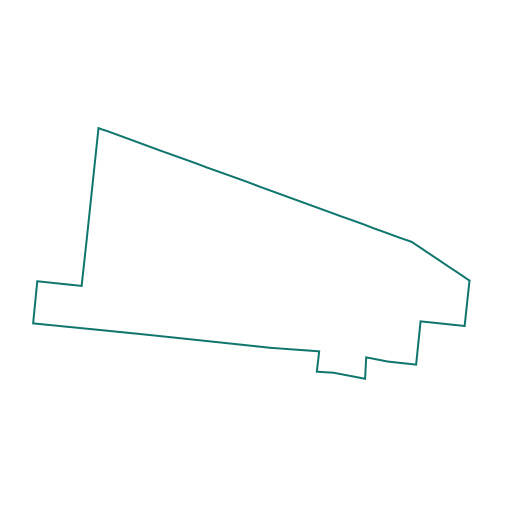 Vilas, Wisconsin, United States of America, rotated 6°
{"feature_id": "52423323B83029835458818", "entity_name": "Vilas", "entity_type": "district", "adm_level": 2, "iso_a3": "USA", "parent_name": "United States of America", "parent_adm1": "Wisconsin", "projection": "equal_earth", "projection_center": [-89.368, 46.078], "detail": "fine", "context": "isolated", "style": "outline", "palette": "teal", "viewbox_px": 512, "rotation_deg": 6, "n_neighbors": 0, "source": "geoboundaries", "source_scale": "gbopen_adm2", "svg_char_len": 648}
<svg xmlns="http://www.w3.org/2000/svg" viewBox="0 0 512 512"><g transform="rotate(6 256 256)"><path d="M426.6,347.3L426.5,303.8L470.8,303.8L470.9,258.1L466.8,256.0L464.7,254.8L448.4,246.3L409.4,225.7L396.5,222.7L382.3,219.1L380.3,218.6L369.6,216.0L367.0,215.3L366.3,215.0L365.3,214.8L360.5,213.5L359.8,213.3L338.0,208.0L337.8,208.0L253.3,186.9L238.6,183.0L198.2,173.2L186.9,170.2L149.5,161.1L94.1,147.1L93.5,147.0L90.0,146.3L86.0,145.3L85.9,260.3L85.7,304.0L41.1,304.0L41.4,346.3L152.1,345.7L280.4,345.8L328.8,344.2L328.6,364.7L345.2,364.0L377.3,366.7L376.2,345.3L398.0,347.2L426.6,347.3Z" fill="none" stroke="#0f766e" stroke-width="2"/></g></svg>